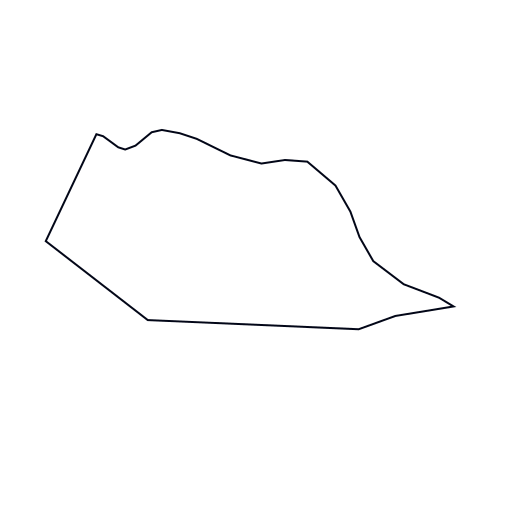 outline of Fa'asaleleaga, rotated 298°
{"feature_id": "WSM-4989", "entity_name": "Fa'asaleleaga", "entity_type": "state/province", "adm_level": 1, "iso_a3": "WSM", "parent_name": "Samoa", "parent_adm1": "", "projection": "albers", "projection_center": [-172.216, -13.68], "detail": "fine", "context": "isolated", "style": "outline", "palette": "ink", "viewbox_px": 512, "rotation_deg": 298, "n_neighbors": 0, "source": "natural_earth", "source_scale": "10m", "svg_char_len": 459}
<svg xmlns="http://www.w3.org/2000/svg" viewBox="0 0 512 512"><g transform="rotate(298 256 256)"><path d="M288.6,57.9L290.0,64.8L287.3,83.3L288.6,90.5L296.9,97.8L316.3,105.8L323.1,113.7L328.6,131.0L331.6,148.6L332.8,186.2L340.2,217.4L354.3,236.4L363.4,257.0L355.5,293.1L339.5,318.5L321.3,338.5L306.5,362.0L300.4,399.7L305.1,437.2L304.2,454.1L268.5,407.2L239.5,381.0L148.6,190.5L170.4,63.4L288.6,57.9Z" fill="none" stroke="#020617" stroke-width="2"/></g></svg>